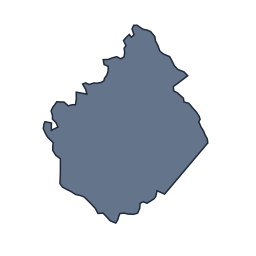 São José das Palmeiras, Paraná, Brazil (Natural Earth projection), rotated 131°
{"feature_id": "56859067B12185724894404", "entity_name": "São José das Palmeiras", "entity_type": "district", "adm_level": 2, "iso_a3": "BRA", "parent_name": "Brazil", "parent_adm1": "Paraná", "projection": "natural_earth1", "projection_center": [-54.124, -24.817], "detail": "fine", "context": "isolated", "style": "filled", "palette": "slate", "viewbox_px": 256, "rotation_deg": 131, "n_neighbors": 0, "source": "geoboundaries", "source_scale": "gbopen_adm2", "svg_char_len": 1528}
<svg xmlns="http://www.w3.org/2000/svg" viewBox="0 0 256 256"><g transform="rotate(131 128 128)"><path d="M184.0,191.6L186.1,187.1L187.6,182.9L188.2,174.9L192.1,172.0L194.3,170.0L196.0,164.5L195.6,158.8L206.5,149.4L214.6,142.9L215.6,138.5L214.5,133.8L213.3,129.2L212.6,124.1L210.4,120.1L208.8,115.9L209.3,107.7L210.1,99.9L212.2,94.6L208.6,91.0L209.1,85.7L209.7,80.5L207.8,74.9L204.3,75.4L201.0,76.9L197.8,78.0L194.7,74.9L193.1,71.8L189.7,67.4L186.0,64.9L181.2,66.3L176.9,69.4L173.6,68.1L172.4,64.3L164.3,61.9L161.3,62.2L156.3,64.9L153.9,57.0L86.9,58.0L84.3,60.9L82.5,65.6L80.7,69.0L79.3,73.7L76.9,78.6L74.1,79.3L72.4,82.2L71.1,86.9L70.3,93.0L69.5,98.4L71.6,102.8L69.2,105.7L69.0,113.7L70.0,117.9L66.9,121.0L62.3,119.9L49.4,117.2L48.9,122.5L51.1,128.8L50.6,133.9L48.5,138.8L46.8,143.4L48.9,149.8L49.1,154.3L45.9,160.1L44.4,164.2L41.4,167.8L40.4,174.2L41.4,177.5L43.7,181.7L44.5,188.6L46.8,191.1L50.7,189.9L53.7,184.6L57.4,185.1L56.5,188.4L61.5,188.8L64.9,188.8L67.2,183.5L70.3,183.3L73.1,180.1L76.8,177.7L80.5,178.8L81.6,183.3L85.4,185.9L89.4,188.0L92.6,191.6L95.8,187.7L94.5,183.3L98.3,180.2L102.4,178.6L105.8,178.4L108.4,177.1L111.2,178.2L114.4,180.6L116.4,183.3L120.6,185.9L121.7,189.5L124.6,191.1L126.7,185.1L129.4,181.3L133.2,187.7L134.9,190.6L140.3,185.8L145.0,182.9L146.9,185.3L150.5,187.7L150.4,193.3L155.0,199.0L158.7,198.5L161.8,198.4L165.6,197.2L168.0,193.3L170.9,190.8L171.2,185.8L173.3,181.5L180.0,184.3L174.4,189.1L177.7,194.8L180.6,193.8L184.0,191.6Z" fill="#64748b" stroke="#1e293b" stroke-width="1.5"/></g></svg>